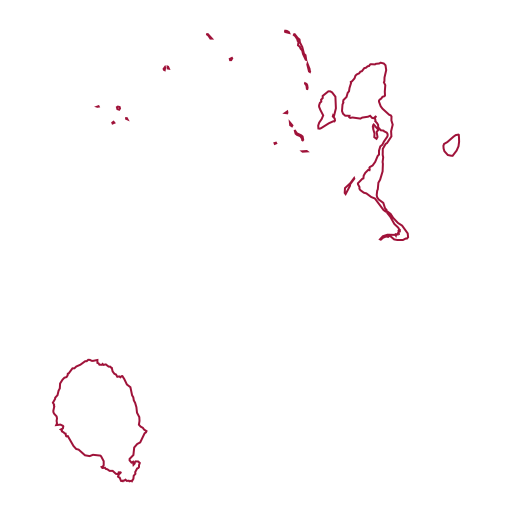 the district of Kiriwina-Goodenough District, Milne Bay, Papua New Guinea
{"feature_id": "67681753B57057490318375", "entity_name": "Kiriwina-Goodenough District", "entity_type": "district", "adm_level": 2, "iso_a3": "PNG", "parent_name": "Papua New Guinea", "parent_adm1": "Milne Bay", "projection": "natural_earth1", "projection_center": [150.66, -8.912], "detail": "fine", "context": "isolated", "style": "outline", "palette": "rose", "viewbox_px": 512, "rotation_deg": 0, "n_neighbors": 0, "source": "geoboundaries", "source_scale": "gbopen_adm2", "svg_char_len": 5974}
<svg xmlns="http://www.w3.org/2000/svg" viewBox="0 0 512 512"><path d="M97.4,360.0L92.9,360.9L91.6,360.8L89.9,359.9L88.2,359.8L86.7,361.2L85.2,361.2L80.4,364.7L76.3,366.5L74.4,368.3L72.5,368.3L68.7,373.4L67.8,373.7L67.6,375.4L66.5,377.1L64.4,377.7L62.5,379.7L60.1,383.5L59.8,388.4L58.6,390.6L57.5,395.2L55.2,397.7L55.1,398.9L52.9,402.7L54.1,404.7L53.9,405.8L54.3,406.3L53.3,411.0L53.5,412.5L54.2,413.8L56.6,416.4L57.0,418.4L56.6,420.9L57.0,423.3L56.2,425.1L60.4,424.6L62.9,425.8L63.3,426.3L62.9,428.4L60.8,429.5L61.9,430.3L61.9,431.4L63.7,432.4L64.6,433.4L65.6,433.6L66.0,435.9L66.5,436.4L67.8,436.1L73.5,446.0L76.2,449.0L78.6,449.6L85.0,455.3L89.7,456.1L93.0,454.8L100.3,455.6L101.1,456.3L103.7,461.2L103.7,465.2L102.8,466.5L101.6,467.0L102.4,468.0L104.9,467.7L105.8,468.9L107.4,469.3L109.6,470.9L112.7,470.9L115.9,473.8L118.2,474.2L118.7,472.3L120.5,472.3L120.7,472.6L120.1,473.4L119.2,473.7L118.0,476.5L118.4,477.1L119.7,477.6L121.0,480.9L122.8,481.2L123.0,480.6L124.2,480.6L125.5,479.7L126.7,480.9L128.8,480.7L129.4,481.3L131.7,480.7L132.0,481.1L133.4,478.8L133.7,475.8L135.4,473.8L135.2,472.1L137.1,468.5L138.3,468.0L139.0,467.0L139.0,465.1L139.8,463.0L138.2,461.5L135.5,461.4L134.8,462.2L134.7,463.5L133.5,464.8L133.0,461.8L131.5,462.6L129.6,460.4L129.6,458.9L133.4,455.0L134.2,447.5L137.2,444.0L140.2,442.4L144.6,433.3L146.0,432.3L146.5,431.1L144.1,429.6L142.8,427.8L140.6,426.6L138.9,424.7L139.5,420.9L139.3,417.1L137.0,412.7L136.4,407.2L135.1,402.8L133.8,400.4L133.3,397.3L132.1,395.3L130.4,387.2L126.9,384.5L124.3,379.1L122.4,376.1L121.5,376.2L120.4,377.3L119.2,376.4L117.3,376.8L116.0,374.5L114.4,373.8L112.6,371.4L111.8,367.9L111.1,367.7L110.4,366.7L108.6,366.6L105.8,364.4L103.5,364.9L102.6,364.0L102.0,364.8L99.4,364.7L98.6,363.4L97.4,362.9L97.4,360.0ZM383.8,63.5L380.6,62.7L379.2,63.5L375.9,63.8L375.0,64.4L370.8,64.2L370.0,64.6L369.1,66.0L367.6,66.3L365.9,67.8L364.3,68.1L361.9,71.2L360.3,71.7L359.2,73.3L356.8,74.4L355.5,75.6L354.5,78.4L351.9,81.4L350.8,81.9L351.0,83.2L349.5,88.0L349.0,91.3L347.7,92.8L346.5,97.0L343.4,100.1L343.1,102.0L343.4,102.6L342.5,104.5L342.0,111.0L343.0,113.7L345.2,115.7L349.5,115.8L349.2,117.2L350.2,117.9L352.5,117.5L360.4,118.6L362.2,117.6L368.1,116.7L370.1,115.8L372.2,118.0L373.7,118.2L376.2,116.0L374.8,118.3L375.5,120.2L375.2,121.1L377.2,123.3L378.1,124.9L378.2,127.3L380.8,130.3L383.5,130.6L384.1,131.3L386.7,132.6L387.4,133.6L387.7,135.0L387.4,136.5L383.9,141.6L382.4,144.7L380.3,146.4L379.0,150.6L379.0,154.6L377.7,155.9L375.2,161.9L372.6,165.5L369.9,167.0L369.4,167.7L369.7,169.5L369.5,170.2L368.2,169.9L365.3,172.8L363.7,175.6L363.4,178.4L362.2,178.9L357.9,183.3L358.0,184.3L359.5,187.1L359.4,188.7L360.3,190.1L363.8,192.7L366.4,193.4L371.2,197.0L374.9,198.5L383.5,210.0L385.4,211.4L386.4,209.8L385.0,208.2L383.3,202.9L378.7,199.5L377.2,197.4L376.7,195.1L377.2,190.7L377.8,189.3L378.4,182.7L380.1,179.7L382.6,171.4L382.9,163.9L382.6,162.0L383.2,157.3L382.7,154.9L382.8,148.8L385.7,143.8L387.0,143.1L391.4,136.4L391.1,131.2L392.7,124.7L391.4,120.4L391.5,116.5L390.8,115.4L389.2,114.8L382.5,108.7L380.7,106.3L379.0,101.7L379.0,100.7L379.6,99.7L381.2,98.6L382.5,96.8L384.5,96.2L385.0,95.4L384.8,91.6L385.3,85.2L383.9,82.3L384.4,81.2L384.5,77.5L386.2,70.1L385.5,65.3L383.8,63.5ZM333.9,116.4L335.9,108.3L335.4,96.7L332.1,92.4L330.2,91.3L328.4,91.3L322.7,95.9L322.7,98.1L321.1,99.7L321.3,101.6L319.9,102.9L319.1,105.3L319.1,106.8L320.4,110.0L323.2,115.4L321.7,119.0L319.2,122.6L318.2,125.6L318.4,128.5L319.8,128.7L321.2,128.1L329.0,123.2L333.5,121.2L334.4,121.4L335.0,120.5L334.7,118.5L332.8,116.4L333.1,115.4L333.9,116.4ZM452.6,155.8L456.6,150.6L458.5,146.3L459.1,141.8L459.0,137.7L458.8,134.9L458.4,134.6L455.7,135.1L453.6,136.6L447.3,142.1L444.1,143.9L443.4,145.8L443.6,148.5L444.4,151.2L447.8,155.0L451.0,155.7L452.6,155.8ZM407.7,233.4L402.1,225.6L397.9,222.9L393.1,217.8L390.6,213.9L387.0,211.2L387.2,212.9L390.3,216.8L394.3,223.9L398.3,227.7L399.0,229.2L399.8,229.8L399.8,231.3L399.3,231.3L398.8,230.4L398.5,230.7L398.8,233.6L398.0,233.3L397.7,234.5L396.3,234.2L395.9,235.6L395.2,234.5L394.6,234.9L387.5,234.7L382.9,236.2L380.0,239.3L380.8,239.7L383.1,237.7L386.1,236.5L388.2,236.9L389.1,236.1L390.2,236.0L394.1,239.4L397.3,240.0L402.9,240.0L405.8,238.5L406.9,238.6L408.1,237.2L407.7,233.4ZM376.5,138.8L377.5,137.0L376.6,131.9L378.4,129.9L373.7,124.5L373.2,125.1L372.8,126.9L373.4,127.8L373.1,128.7L374.5,133.5L374.3,137.2L376.5,138.8ZM306.2,59.9L305.5,55.2L304.0,53.8L302.3,47.1L299.9,42.4L299.5,39.5L297.6,37.9L294.7,34.2L294.2,34.2L293.8,35.0L295.2,36.1L297.2,39.1L297.7,41.0L298.5,41.6L298.0,45.3L299.8,46.8L300.6,48.7L302.2,50.5L303.0,54.0L305.7,59.7L306.2,59.9ZM345.6,194.1L350.0,185.8L350.1,184.3L354.3,178.7L354.1,178.1L350.1,183.4L345.0,188.1L344.7,192.9L345.6,194.1ZM302.7,140.4L303.2,139.8L302.6,136.5L301.2,135.3L296.9,133.3L294.6,130.0L295.6,133.7L297.0,134.9L300.3,136.2L302.0,138.6L302.2,140.1L302.7,140.4ZM119.2,109.7L120.0,108.4L119.6,107.0L117.8,106.6L116.9,107.2L117.4,109.1L119.2,109.7ZM309.9,72.0L310.1,71.3L309.7,70.6L309.6,69.0L307.5,63.7L307.3,64.5L309.0,71.4L309.9,72.0ZM291.9,126.3L292.4,125.4L289.9,122.4L290.2,125.2L291.9,126.3ZM307.3,89.0L307.6,87.8L307.2,85.1L306.5,83.9L305.1,83.2L305.0,83.6L306.4,85.5L306.9,88.9L307.3,89.0ZM211.9,38.6L207.8,34.1L207.1,34.1L207.0,34.5L208.4,35.6L210.4,38.6L211.9,38.6ZM289.2,33.0L288.8,32.0L286.8,30.9L285.2,30.7L285.0,31.2L285.2,32.0L289.2,33.0ZM231.2,60.1L232.2,58.4L231.9,57.9L229.8,58.9L230.1,60.1L231.2,60.1ZM307.2,151.4L306.7,151.0L302.1,151.3L302.6,151.7L307.2,151.4ZM164.7,70.2L165.2,67.5L165.0,67.0L163.6,68.9L163.9,69.8L164.7,70.2ZM285.0,113.0L287.2,113.3L287.4,112.6L287.2,111.5L285.0,113.0ZM112.6,123.5L114.3,122.8L113.5,121.8L112.3,122.7L112.6,123.5ZM168.9,68.7L168.1,66.8L167.6,66.6L167.7,68.5L168.9,68.7ZM274.8,143.9L276.2,143.3L275.9,142.7L274.5,143.1L274.8,143.9ZM127.5,119.4L126.8,118.1L126.1,118.1L126.1,118.8L127.5,119.4ZM98.7,106.6L98.5,106.2L97.1,106.7L97.4,106.8L98.7,106.6Z" fill="none" stroke="#9f1239" stroke-width="2"/></svg>